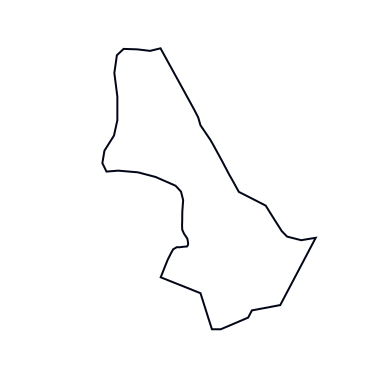 Damso, Southern Darfur, Sudan, rotated 119°
{"feature_id": "16777658B98541328968966", "entity_name": "Damso", "entity_type": "district", "adm_level": 2, "iso_a3": "SDN", "parent_name": "Sudan", "parent_adm1": "Southern Darfur", "projection": "robinson", "projection_center": [24.528, 10.758], "detail": "fine", "context": "isolated", "style": "outline", "palette": "ink", "viewbox_px": 384, "rotation_deg": 119, "n_neighbors": 0, "source": "geoboundaries", "source_scale": "gbopen_adm2", "svg_char_len": 947}
<svg xmlns="http://www.w3.org/2000/svg" viewBox="0 0 384 384"><g transform="rotate(119 192 192)"><path d="M280.1,164.8L276.4,135.5L293.0,118.0L302.4,108.0L298.1,100.3L274.6,82.0L266.5,82.2L248.1,60.0L172.1,61.6L175.0,65.3L181.2,73.1L184.9,87.2L182.7,94.5L176.2,106.5L168.2,120.9L168.4,128.6L169.2,151.0L168.0,153.0L162.2,162.2L158.8,167.8L156.0,172.1L153.5,175.9L150.6,180.3L145.9,187.7L139.9,197.2L137.4,201.4L129.5,217.0L123.8,222.7L119.1,229.7L104.9,252.2L81.6,289.2L88.9,297.1L93.8,309.1L100.0,321.2L108.8,324.0L125.6,317.6L144.8,303.5L165.4,292.1L180.4,287.6L198.3,288.6L210.2,284.4L215.6,276.7L209.1,266.9L201.0,248.8L196.5,231.1L194.5,209.4L197.0,201.8L203.4,195.8L214.2,190.8L221.2,187.0L226.2,184.4L229.8,182.2L232.3,178.8L235.1,173.4L238.7,170.5L240.6,169.8L242.1,170.0L243.8,172.6L246.3,176.0L247.7,178.6L251.3,180.7L255.9,180.7L263.0,180.4L270.4,179.5L281.8,178.0L280.1,164.8Z" fill="none" stroke="#020617" stroke-width="2"/></g></svg>